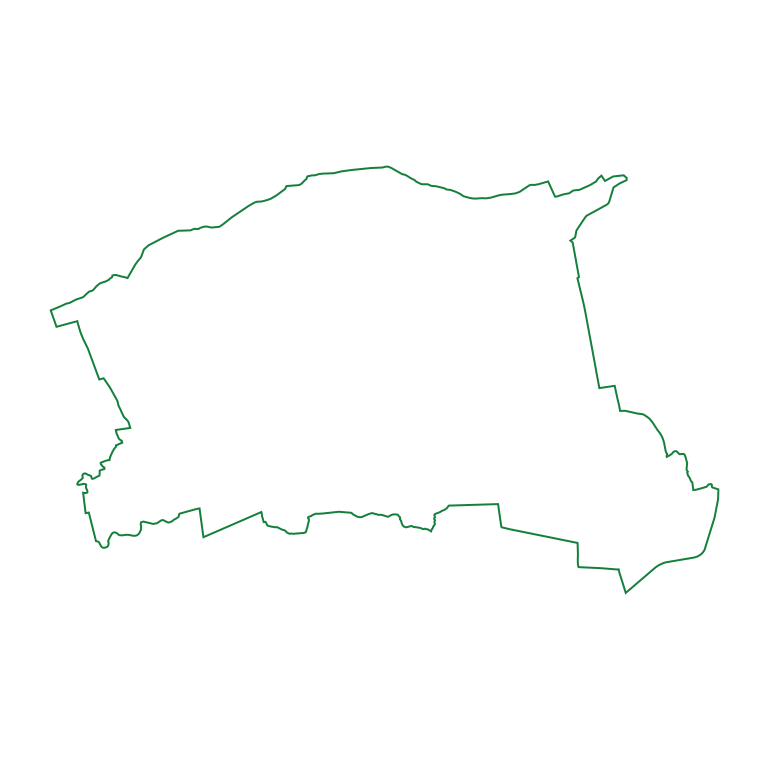 Batar, Bihor, Romania, rotated 178°
{"feature_id": "2599482B9759777687605", "entity_name": "Batar", "entity_type": "district", "adm_level": 2, "iso_a3": "ROU", "parent_name": "Romania", "parent_adm1": "Bihor", "projection": "robinson", "projection_center": [21.802, 46.711], "detail": "fine", "context": "isolated", "style": "outline", "palette": "green", "viewbox_px": 768, "rotation_deg": 178, "n_neighbors": 0, "source": "geoboundaries", "source_scale": "gbopen_adm2", "svg_char_len": 6120}
<svg xmlns="http://www.w3.org/2000/svg" viewBox="0 0 768 768"><g transform="rotate(178 384 384)"><path d="M159.4,584.6L160.1,584.1L162.7,582.0L163.6,581.0L164.8,579.1L170.7,575.8L180.9,571.6L182.1,571.2L186.9,570.9L188.7,570.5L192.1,568.2L198.3,567.2L204.1,565.5L206.4,565.2L206.8,565.9L212.9,580.7L223.0,578.2L226.5,577.7L229.8,577.9L231.8,577.5L241.9,571.2L246.1,569.9L251.1,569.4L258.9,569.1L262.0,568.7L270.5,566.6L273.3,566.2L275.9,566.0L279.5,566.3L286.1,566.1L289.3,566.4L292.4,567.1L298.0,568.9L301.4,571.4L305.6,573.6L310.7,575.6L315.0,576.3L316.5,577.4L324.9,579.8L329.9,580.4L333.4,582.1L338.6,582.3L340.1,582.6L344.7,585.1L346.4,586.8L349.5,588.4L354.4,591.7L356.6,592.7L358.2,592.9L368.9,599.5L372.0,601.0L373.6,601.2L375.5,601.0L378.1,600.4L389.2,600.3L407.7,599.1L418.9,598.0L424.9,596.8L427.5,596.4L437.5,596.4L440.3,596.2L442.0,596.0L445.5,595.0L448.7,595.0L453.1,594.2L453.5,594.0L454.4,591.7L455.0,591.0L455.9,590.5L459.0,587.4L461.0,586.1L462.8,585.7L473.0,585.3L474.7,585.1L475.8,582.7L476.4,582.1L484.8,576.3L490.9,573.0L494.4,571.9L499.7,570.7L505.2,570.5L507.6,569.6L512.9,566.8L530.5,555.8L538.5,549.8L542.4,547.2L543.7,546.8L550.3,546.4L551.0,546.4L555.4,547.5L558.0,547.6L562.3,546.4L564.2,545.4L568.4,545.7L571.9,544.3L584.5,544.3L599.8,537.8L612.8,531.6L614.4,530.9L619.2,526.9L622.4,519.2L626.4,514.7L628.9,511.3L636.6,498.8L640.3,500.1L643.1,500.7L647.9,502.3L649.0,502.3L651.6,502.0L652.1,500.2L654.3,498.9L655.3,497.8L658.6,496.2L663.5,494.8L665.1,494.0L667.9,491.8L671.4,488.0L672.7,487.3L675.6,486.6L677.7,484.8L681.3,481.6L682.0,481.2L688.9,479.1L694.8,476.3L695.8,475.9L698.4,475.5L704.7,472.9L714.5,469.2L709.3,452.6L688.3,457.5L688.0,455.8L685.8,447.2L684.8,444.2L683.1,439.5L678.7,429.7L668.4,398.5L668.1,398.5L664.0,399.5L658.2,390.4L651.7,377.8L650.8,375.7L650.4,372.9L649.8,371.0L648.0,367.1L647.6,365.9L645.2,360.3L641.8,356.6L640.7,354.9L639.1,349.0L653.6,347.4L653.1,344.3L651.0,338.8L650.3,337.9L648.6,336.8L647.9,336.1L648.2,335.3L647.7,334.4L651.1,333.2L652.5,332.5L654.0,332.0L654.0,330.9L655.9,328.6L657.4,326.3L659.2,322.8L660.4,320.1L661.0,317.5L661.9,317.6L664.5,317.1L669.9,315.2L669.8,313.8L668.3,311.9L667.1,310.6L666.3,310.2L666.3,309.0L666.5,308.7L670.0,307.9L671.2,307.2L671.3,304.6L671.6,302.4L674.1,301.3L677.2,299.7L678.8,299.4L679.4,299.8L679.9,302.2L680.3,302.5L683.4,303.7L684.9,304.8L685.5,305.0L687.1,304.9L688.3,303.9L688.6,303.0L688.6,302.2L688.3,300.9L688.5,300.4L690.2,298.9L691.8,297.8L693.0,296.7L693.9,295.2L694.0,294.4L693.0,293.9L692.4,293.8L687.3,294.7L685.5,294.2L685.1,293.6L685.5,291.3L685.4,290.3L684.4,288.3L684.1,286.5L684.4,285.9L685.5,285.5L687.1,285.5L688.5,285.8L686.7,265.3L683.5,265.8L677.3,237.0L675.6,236.6L674.7,236.1L674.2,235.5L672.4,231.7L671.6,230.8L670.8,230.3L670.0,230.1L669.1,230.1L666.9,230.6L666.2,231.0L665.4,231.9L665.0,232.9L664.7,235.1L665.1,236.0L665.2,236.6L664.8,237.6L662.3,242.2L661.3,243.7L660.3,244.7L659.0,245.1L657.7,245.0L656.1,244.2L654.6,242.7L653.4,242.1L650.7,241.9L647.2,242.3L645.6,242.2L644.1,242.1L641.0,241.3L639.1,241.0L637.2,241.1L636.0,241.5L634.3,242.8L633.5,243.9L632.0,246.8L631.7,250.6L632.0,251.7L631.9,253.5L631.6,254.3L629.3,254.9L619.5,252.2L615.7,252.8L611.9,255.2L610.1,255.8L609.1,255.5L605.3,253.4L604.1,253.1L603.1,253.2L600.6,254.2L599.2,255.4L595.7,257.2L594.0,258.4L593.0,261.5L575.9,265.6L572.7,266.1L569.8,237.2L511.1,260.3L510.6,258.2L510.5,256.2L509.5,252.3L509.1,250.2L507.2,250.3L506.7,249.4L506.0,247.6L505.2,246.5L502.4,245.6L498.2,244.7L497.6,244.6L495.9,244.7L490.9,242.0L488.4,241.2L487.8,240.8L486.3,239.0L483.7,237.6L482.0,237.8L480.7,237.5L479.1,237.5L470.5,237.9L468.9,238.0L467.9,238.4L467.2,238.9L466.9,239.5L466.3,241.8L465.8,242.9L464.6,247.6L463.9,249.2L463.8,251.6L464.6,252.6L464.4,253.5L463.4,254.1L461.4,254.5L460.2,255.5L456.5,256.8L454.9,256.6L449.7,256.7L433.6,257.9L421.7,256.5L420.8,256.2L419.9,255.1L418.9,254.4L415.9,252.6L413.4,251.8L412.6,251.7L410.9,251.8L404.0,254.5L400.6,255.4L399.8,255.3L397.3,254.4L396.1,254.2L394.6,253.5L390.8,253.3L384.8,251.2L384.3,251.2L382.0,252.5L380.0,253.2L378.3,253.4L375.1,253.0L374.4,252.5L374.1,251.7L372.7,250.3L372.5,249.9L372.7,249.0L372.7,248.2L371.7,246.7L371.0,243.6L370.1,241.9L369.3,241.0L368.4,240.5L366.9,240.0L366.2,240.1L362.7,240.9L361.9,241.1L361.1,241.0L359.5,240.1L356.1,239.6L352.4,238.8L350.1,237.6L349.4,237.6L348.2,238.0L347.3,237.5L345.6,237.3L342.9,235.7L342.1,235.1L341.2,237.3L340.2,238.4L339.9,239.6L338.1,241.9L338.1,242.5L338.5,244.2L337.9,245.6L337.8,246.0L338.0,246.5L338.5,247.2L338.6,247.6L338.5,248.1L337.7,249.1L337.7,249.6L338.2,250.8L338.2,251.3L338.1,251.7L337.3,252.4L333.4,253.7L332.2,254.2L330.8,255.1L328.4,255.9L327.1,256.6L325.5,257.7L324.1,259.5L323.4,260.2L274.2,260.0L271.8,237.7L271.4,236.7L262.7,234.3L196.1,218.4L196.1,207.4L196.5,201.2L196.5,196.7L196.3,195.3L195.9,194.2L174.0,192.4L156.6,190.4L156.4,190.6L155.9,190.5L155.8,189.5L155.3,187.2L149.7,166.8L119.1,191.2L115.2,193.6L110.4,195.5L108.1,196.0L79.8,199.8L76.7,200.7L73.5,202.5L71.4,204.3L69.7,206.6L69.2,207.7L58.3,239.0L54.1,257.4L53.5,267.0L59.5,269.2L59.9,269.9L59.9,271.9L60.3,272.3L60.6,272.5L62.3,272.5L63.3,272.1L64.8,270.4L65.7,269.9L73.7,267.9L76.2,267.4L78.6,267.2L79.3,274.9L80.3,275.9L80.9,277.0L81.4,278.6L82.4,280.6L83.2,281.6L83.7,283.0L84.0,285.0L83.4,285.7L84.4,287.2L84.6,288.4L83.8,294.4L85.3,300.8L86.1,302.9L86.5,303.3L87.5,303.7L90.9,303.5L92.0,304.3L93.2,305.9L93.8,306.4L94.7,306.7L95.5,306.7L96.4,306.4L97.4,305.8L98.3,304.6L100.0,303.3L103.9,301.3L104.1,301.9L103.5,304.2L104.3,305.4L105.0,308.0L106.1,315.4L106.7,317.8L107.8,321.2L110.2,325.6L112.1,328.2L117.4,336.9L119.6,339.8L122.2,342.0L125.5,344.3L126.7,344.8L131.6,345.6L143.9,348.8L149.0,348.9L149.7,353.8L151.4,362.2L153.5,374.1L168.9,372.4L170.8,384.7L172.6,397.2L180.3,448.9L181.8,457.8L187.0,483.0L185.4,484.0L190.5,518.8L192.7,520.8L188.3,523.5L187.8,524.2L186.4,530.4L185.7,531.6L177.1,543.5L176.1,544.7L175.4,545.2L154.8,555.6L153.6,556.5L152.5,558.5L147.8,572.4L141.4,576.3L134.5,579.2L134.2,581.3L137.1,584.2L147.8,583.4L156.1,579.2L159.4,584.6Z" fill="none" stroke="#15803d" stroke-width="2"/></g></svg>